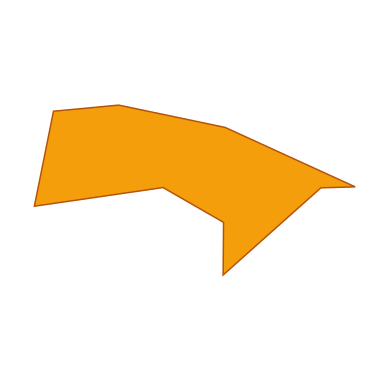 SVG path tracing the border of Anse Royale, rotated 106°
{"feature_id": "SYC-5202", "entity_name": "Anse Royale", "entity_type": "state/province", "adm_level": 1, "iso_a3": "SYC", "parent_name": "Seychelles", "parent_adm1": "", "projection": "albers", "projection_center": [55.515, -4.746], "detail": "fine", "context": "isolated", "style": "filled", "palette": "amber", "viewbox_px": 384, "rotation_deg": 106, "n_neighbors": 0, "source": "natural_earth", "source_scale": "10m", "svg_char_len": 301}
<svg xmlns="http://www.w3.org/2000/svg" viewBox="0 0 384 384"><g transform="rotate(106 192 192)"><path d="M263.2,139.2L212.5,153.3L195.7,221.1L249.1,339.6L152.5,347.4L128.7,286.5L120.8,177.9L124.6,152.8L142.1,36.6L152.5,69.3L263.2,139.2Z" fill="#f59e0b" stroke="#b45309" stroke-width="1.5"/></g></svg>